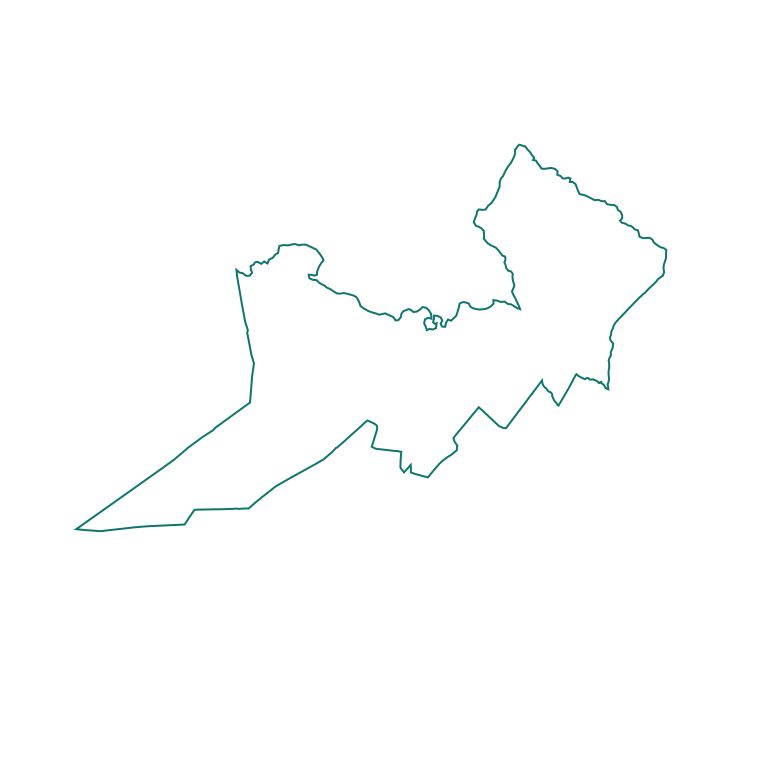 outline of Marakwet West, Rift Valley, Kenya, rotated 299°
{"feature_id": "3690345B12316778885623", "entity_name": "Marakwet West", "entity_type": "district", "adm_level": 2, "iso_a3": "KEN", "parent_name": "Kenya", "parent_adm1": "Rift Valley", "projection": "mercator", "projection_center": [35.451, 1.024], "detail": "fine", "context": "isolated", "style": "outline", "palette": "teal", "viewbox_px": 768, "rotation_deg": 299, "n_neighbors": 0, "source": "geoboundaries", "source_scale": "gbopen_adm2", "svg_char_len": 6166}
<svg xmlns="http://www.w3.org/2000/svg" viewBox="0 0 768 768"><g transform="rotate(299 384 384)"><path d="M654.1,447.5L653.7,445.0L651.8,443.1L650.4,440.7L651.5,437.6L651.0,434.2L654.3,432.6L655.0,429.2L654.0,425.4L652.2,423.0L650.3,420.5L649.6,419.4L648.8,417.1L650.4,414.3L651.5,411.3L653.1,408.6L652.2,405.8L654.7,405.7L655.8,402.7L657.6,399.5L658.6,396.0L660.2,392.5L658.9,386.4L657.5,385.8L652.2,385.1L649.7,386.6L646.6,387.5L643.2,387.7L639.0,387.8L634.7,387.1L630.4,386.9L626.4,387.1L623.3,387.3L620.6,386.6L617.3,387.1L616.5,387.4L612.6,389.5L604.8,390.4L601.7,390.8L598.6,390.6L594.2,390.2L590.5,388.7L585.9,388.3L584.0,385.6L582.6,382.2L579.7,381.8L577.1,382.9L573.1,383.3L569.1,384.0L566.9,387.8L567.5,390.8L567.3,394.0L566.3,397.0L563.5,398.9L560.5,400.5L559.2,401.3L558.7,402.8L557.4,406.3L557.1,410.5L557.5,415.7L556.0,420.2L553.7,425.3L554.2,428.2L551.6,430.0L548.7,430.3L547.3,432.4L544.6,434.7L543.3,437.9L544.0,440.6L542.7,443.3L540.2,444.3L537.0,446.5L533.6,450.1L532.4,450.5L526.9,451.1L526.2,452.0L524.7,453.9L522.6,457.4L522.1,458.1L520.0,460.8L517.6,464.2L515.5,466.7L514.9,463.6L515.1,459.8L515.3,456.5L514.0,453.5L514.6,449.6L512.3,446.3L511.8,442.6L510.3,439.0L507.4,440.9L503.7,439.8L500.3,437.7L499.5,437.0L498.1,435.3L496.7,433.3L495.4,431.4L495.0,430.4L493.9,427.3L493.3,424.4L493.6,421.8L495.5,419.1L494.9,415.9L493.9,413.3L491.1,411.1L486.9,412.4L483.0,413.3L478.7,414.1L471.9,412.0L471.4,408.7L467.9,408.5L463.7,409.8L462.9,408.1L462.4,406.8L464.2,404.3L467.9,404.2L469.7,401.3L469.5,397.6L468.0,394.6L465.0,396.2L461.9,396.9L461.3,399.4L462.7,400.6L458.0,402.4L455.2,400.1L454.3,397.1L451.9,395.4L454.0,393.1L455.0,391.8L456.5,389.7L460.5,388.5L463.3,390.5L464.1,393.8L466.6,392.3L468.0,391.2L468.7,390.3L470.4,387.0L471.1,383.9L470.0,380.4L466.5,379.4L463.3,377.6L461.2,374.9L461.8,371.7L461.7,370.2L461.5,369.3L459.0,367.2L456.9,365.6L453.9,365.2L450.4,366.3L446.9,365.6L445.2,363.4L447.1,359.4L446.6,354.6L446.4,350.9L444.2,348.3L442.3,346.3L441.7,342.4L440.7,338.1L440.2,334.5L440.3,330.2L440.8,325.7L443.1,323.1L444.9,320.8L446.6,317.7L446.6,314.8L446.4,313.3L445.7,310.7L445.3,308.8L445.1,307.9L443.9,304.5L441.6,301.6L440.4,298.9L440.5,295.9L440.9,291.3L440.6,287.2L441.2,284.0L441.1,281.2L441.1,278.0L442.2,274.8L440.6,271.1L440.3,267.6L443.0,265.2L444.4,267.7L445.0,270.5L447.0,272.4L449.9,271.0L453.4,270.5L456.4,270.3L457.9,270.4L459.3,270.5L462.7,271.2L464.6,268.9L466.5,265.1L468.8,259.7L468.3,252.0L468.0,248.1L466.3,245.0L464.0,242.2L463.4,238.7L461.8,236.2L458.7,232.9L456.8,228.7L454.0,225.6L450.0,226.8L447.3,227.8L444.3,226.1L440.6,225.6L437.0,223.1L433.0,223.7L433.1,219.8L429.6,218.4L429.5,214.2L428.0,212.3L425.0,212.0L422.4,210.2L419.5,212.1L417.3,214.7L413.6,214.0L411.8,211.0L412.4,206.6L411.4,203.6L412.3,199.6L407.2,203.1L381.4,223.9L375.3,229.0L371.2,232.3L365.1,238.8L362.5,239.5L353.9,246.7L346.0,253.2L338.9,260.3L326.0,265.2L322.3,267.0L302.8,275.8L293.2,271.3L264.0,257.7L261.1,257.1L249.0,250.7L233.7,243.7L232.5,243.2L231.2,242.8L216.4,237.2L203.7,231.3L107.8,185.2L111.0,192.6L118.0,207.8L121.0,211.8L130.2,224.8L137.6,235.1L144.9,246.1L164.4,277.7L169.8,278.2L174.7,278.5L182.0,279.2L183.8,282.0L192.8,297.5L196.2,303.5L200.9,311.3L202.2,313.4L202.9,314.3L204.2,317.2L207.7,322.7L209.4,325.9L218.0,329.0L225.8,332.1L233.3,335.3L238.6,337.5L240.8,338.4L241.9,339.0L244.3,340.3L248.2,342.7L253.9,346.1L280.3,362.6L284.1,364.9L289.0,367.8L299.4,371.6L300.6,372.0L304.6,372.9L305.5,373.6L308.5,374.8L312.8,376.4L328.0,381.6L336.0,384.4L337.1,384.7L338.8,385.3L339.7,385.4L344.0,387.2L344.3,389.8L344.6,394.0L344.6,395.2L344.3,397.2L344.1,398.0L341.5,399.8L338.1,400.6L323.2,403.7L323.3,407.5L323.6,408.7L326.4,415.5L330.6,425.7L331.2,426.9L331.7,428.0L332.4,430.1L333.1,432.0L329.6,433.5L325.2,435.6L319.0,438.8L318.1,440.4L316.4,444.4L326.2,446.6L322.6,448.8L319.7,450.4L320.3,454.3L322.8,464.6L323.6,467.7L334.1,469.6L341.3,471.2L344.0,472.0L346.6,473.1L351.7,475.4L354.5,477.1L359.5,479.0L360.6,479.5L361.5,479.8L363.4,478.8L364.3,478.4L365.5,478.2L366.2,476.7L367.0,475.5L367.3,474.5L368.5,472.8L369.5,471.7L370.5,471.0L371.6,471.1L372.8,471.3L377.2,472.1L381.6,472.9L389.3,474.4L399.9,476.3L409.6,478.2L407.6,486.7L405.3,495.7L404.6,498.4L403.0,504.9L403.4,510.1L404.6,512.2L409.0,512.8L429.3,515.6L435.1,516.5L443.6,517.6L455.7,519.4L463.7,520.5L462.7,521.2L461.2,522.5L460.2,523.6L459.6,524.7L459.0,526.5L458.7,528.2L457.7,530.1L457.3,531.2L457.3,532.1L457.6,533.5L457.2,534.8L456.6,536.1L455.4,536.7L454.6,537.4L454.1,538.1L452.2,540.7L451.8,541.5L451.4,542.3L451.2,543.7L450.2,545.2L449.8,545.9L449.7,547.1L457.5,547.3L470.1,547.6L484.9,547.3L485.9,547.6L485.7,548.7L485.4,549.5L485.3,551.4L485.3,552.9L485.5,555.5L485.4,556.4L485.6,557.3L487.2,558.3L488.0,559.0L488.1,560.5L487.7,561.5L487.9,562.5L488.5,563.3L489.4,564.4L489.4,565.7L489.7,566.8L489.8,567.8L489.8,568.8L489.6,569.9L489.1,571.0L489.2,571.9L490.4,572.2L491.1,573.1L490.1,573.7L490.0,574.8L490.0,575.7L489.7,576.7L489.1,577.7L488.7,578.8L487.9,579.6L488.2,580.9L488.0,581.8L488.1,582.8L490.2,581.4L492.1,579.8L494.8,579.4L498.0,578.1L501.3,575.8L503.9,574.3L507.1,573.2L510.8,571.2L513.5,569.1L516.0,568.6L519.1,568.6L521.5,567.0L526.7,566.4L530.5,564.8L531.8,561.3L533.9,559.1L536.7,558.8L540.2,557.4L542.1,557.2L543.5,557.2L546.7,556.6L549.5,556.7L555.1,557.9L562.4,559.9L570.9,562.1L582.5,565.2L586.7,566.7L588.1,567.0L590.1,568.0L591.9,568.4L595.4,569.3L597.2,569.8L601.6,571.3L605.4,572.4L608.3,572.8L611.5,574.1L614.0,575.4L617.5,574.8L621.5,571.9L624.0,571.0L630.4,569.7L634.5,567.7L638.2,565.7L638.5,562.7L637.7,559.7L637.8,556.7L638.2,553.3L639.1,550.4L639.9,549.6L640.4,548.8L640.6,546.8L640.7,545.6L639.4,543.4L637.9,541.2L637.4,540.2L637.0,538.9L636.7,536.1L639.5,533.6L641.6,531.4L640.8,528.5L641.7,525.7L641.9,522.9L641.0,520.7L641.3,517.7L640.4,514.0L641.3,511.2L644.4,512.0L647.1,510.4L649.3,507.5L649.6,504.2L650.9,502.7L651.7,502.2L652.1,498.7L650.6,495.5L649.4,491.9L651.0,488.4L649.4,485.8L649.0,482.2L647.0,479.2L646.8,477.4L646.8,473.8L646.6,470.7L646.3,467.4L644.9,463.0L647.4,459.6L651.6,454.8L652.2,451.0L650.8,448.6L653.1,447.7L654.1,447.5Z" fill="none" stroke="#0f766e" stroke-width="2"/></g></svg>